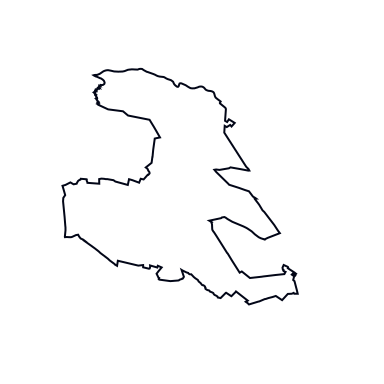 outline of Trikātas pag., Beverinas, Latvia, rotated 26°
{"feature_id": "27541924B26543314591182", "entity_name": "Trikātas pag.", "entity_type": "district", "adm_level": 2, "iso_a3": "LVA", "parent_name": "Latvia", "parent_adm1": "Beverinas", "projection": "robinson", "projection_center": [25.698, 57.552], "detail": "fine", "context": "isolated", "style": "outline", "palette": "ink", "viewbox_px": 384, "rotation_deg": 26, "n_neighbors": 0, "source": "geoboundaries", "source_scale": "gbopen_adm2", "svg_char_len": 5744}
<svg xmlns="http://www.w3.org/2000/svg" viewBox="0 0 384 384"><g transform="rotate(26 192 192)"><path d="M157.0,291.2L155.5,286.3L176.0,281.7L180.1,279.1L181.1,281.1L187.0,279.8L187.5,279.3L187.2,277.5L186.5,276.4L193.9,275.1L193.6,273.3L197.8,273.1L196.6,278.0L196.0,281.0L198.1,282.6L199.4,283.7L200.2,283.7L200.3,284.9L201.0,285.1L211.6,281.6L218.7,277.4L218.9,277.2L219.3,276.3L220.7,274.9L221.3,274.3L221.3,274.1L221.6,274.0L221.7,273.7L221.8,273.1L221.9,271.8L216.8,266.6L218.0,266.7L222.4,266.7L224.1,266.4L224.7,266.8L225.3,266.9L226.3,266.9L227.4,266.3L230.8,267.6L232.8,268.1L235.8,268.5L237.2,269.5L239.7,270.1L241.6,271.1L242.5,271.1L243.0,270.8L244.4,271.0L245.1,271.3L245.5,271.9L246.0,272.0L246.4,272.9L246.4,273.0L246.7,273.2L248.7,273.4L249.3,273.3L250.3,273.0L251.2,273.2L251.6,273.6L252.0,273.6L254.5,273.4L255.4,273.5L255.6,273.6L256.0,274.0L256.5,274.3L257.3,274.6L259.6,274.6L260.7,274.8L261.1,275.1L261.4,275.5L264.2,274.8L266.6,267.8L266.8,267.6L269.2,267.9L272.9,268.4L273.1,268.4L274.0,265.7L274.9,263.2L275.1,262.1L289.7,265.2L288.4,267.1L289.4,267.3L289.6,267.1L292.5,268.1L299.8,261.3L300.3,261.0L304.3,256.4L305.2,255.8L307.2,253.8L310.3,251.2L312.9,248.7L320.4,249.7L322.8,241.6L326.3,239.7L327.6,238.1L328.5,238.6L331.6,237.1L328.7,233.6L327.4,232.1L323.2,227.2L321.5,226.7L320.8,223.1L321.0,223.1L321.5,221.6L321.1,220.9L321.4,219.9L319.9,219.6L319.1,222.7L317.9,222.5L318.9,219.4L311.6,218.5L311.6,217.8L311.0,217.3L306.4,217.4L306.5,220.3L307.5,221.7L308.5,222.0L308.4,222.5L309.1,223.0L311.1,222.8L311.0,225.3L303.6,229.9L293.2,236.6L291.6,237.7L281.8,243.9L271.6,241.6L270.2,243.6L258.0,236.1L251.0,231.6L250.3,231.4L233.2,220.8L229.2,218.4L228.6,218.2L226.9,217.1L226.4,216.4L224.1,212.2L223.0,211.1L223.2,210.5L220.1,210.2L229.3,203.0L229.8,202.5L230.0,201.8L232.1,200.3L233.5,200.3L235.7,200.7L241.3,201.1L253.3,200.4L256.1,200.4L257.8,200.5L262.9,201.2L267.1,202.5L271.8,203.4L274.1,203.4L277.9,202.9L277.8,202.7L278.2,202.6L280.1,200.1L289.0,190.5L286.1,189.0L280.4,185.6L265.6,178.2L263.5,177.6L257.8,173.9L251.4,170.7L251.2,170.5L252.5,169.8L251.3,169.6L248.8,169.4L242.9,166.4L238.8,167.0L232.5,167.7L222.2,169.2L221.0,168.7L205.0,163.4L202.4,162.2L203.8,161.2L207.0,160.1L214.8,154.5L215.8,153.0L225.5,150.2L233.2,148.1L234.1,147.6L232.7,146.6L231.6,146.2L230.0,145.7L228.9,145.1L195.0,124.5L194.9,124.3L192.4,118.2L194.8,118.4L196.9,115.0L198.8,115.8L200.1,111.2L193.3,110.5L192.9,113.7L190.5,113.5L186.2,102.8L185.7,102.1L185.2,101.8L184.3,101.5L178.3,100.1L178.0,99.8L178.1,98.1L174.5,97.4L172.7,97.0L171.7,96.7L170.5,95.7L169.2,94.2L168.5,93.5L167.8,93.0L167.0,92.8L165.8,92.8L164.4,93.1L162.2,93.9L160.2,94.1L159.2,93.9L157.2,93.0L155.8,92.8L154.7,92.9L153.5,93.4L152.3,94.2L151.2,95.5L148.7,97.8L147.1,98.6L145.6,99.2L144.4,99.3L141.6,99.1L140.5,98.9L139.3,98.8L135.0,99.0L134.2,99.2L133.3,99.9L133.3,100.6L133.6,102.8L133.4,103.5L132.9,103.8L132.2,103.9L130.3,103.5L129.2,103.1L128.3,102.6L126.7,101.2L125.2,100.9L124.0,100.7L120.5,101.2L118.8,101.2L117.0,101.0L116.0,101.1L112.4,102.4L110.6,102.8L109.1,102.9L107.7,102.8L105.6,102.9L99.5,103.6L98.6,103.8L95.0,103.6L93.3,103.3L92.4,103.6L91.2,104.2L90.5,104.7L89.9,105.4L89.3,105.9L84.2,108.1L81.8,109.6L80.8,110.3L78.4,112.9L76.7,114.2L72.9,116.2L69.1,117.8L66.0,118.5L63.1,119.3L61.5,120.3L60.4,121.3L59.5,122.3L57.3,126.2L55.8,127.9L54.9,128.6L53.2,129.5L52.4,130.2L53.2,130.3L55.1,130.3L55.8,130.1L59.7,130.0L60.1,129.8L62.4,130.1L64.0,130.6L65.4,131.8L65.7,132.6L65.8,133.3L65.7,133.6L65.0,134.8L64.0,135.5L62.6,135.9L62.1,136.1L61.9,136.0L62.1,136.2L62.5,136.9L62.7,137.0L62.1,137.1L62.4,137.5L62.2,137.7L62.1,137.9L62.3,138.0L62.7,138.0L62.8,138.0L62.9,137.6L63.2,137.6L63.0,138.1L62.9,138.2L62.5,138.2L62.5,138.3L63.2,138.8L62.4,138.8L62.5,139.1L62.8,139.3L62.6,139.5L62.8,139.8L62.6,139.8L62.4,139.6L62.2,139.5L61.8,139.7L61.6,139.8L61.7,140.1L61.6,140.4L61.7,140.5L61.7,140.9L61.3,141.7L61.0,141.8L61.2,142.0L61.7,141.9L61.6,142.1L61.2,142.3L61.4,142.5L61.0,142.6L61.3,142.9L60.7,142.9L60.5,143.1L60.4,143.4L60.6,143.6L61.2,144.3L60.6,144.7L60.8,144.9L60.9,145.0L60.4,145.2L60.4,145.4L60.3,145.5L61.0,145.6L60.8,145.9L60.9,146.0L61.1,146.0L61.5,146.3L61.6,146.1L61.8,146.1L61.8,146.4L62.2,146.7L62.2,147.0L62.3,147.1L62.6,147.0L62.7,146.8L62.8,146.6L63.3,146.7L63.1,147.1L63.3,147.3L63.1,147.6L63.4,147.7L64.1,148.2L64.3,148.7L64.8,148.7L64.8,148.9L65.4,149.0L65.6,149.3L65.2,149.5L65.3,149.9L65.2,150.0L65.3,150.0L65.5,150.3L65.9,150.6L65.8,150.8L66.6,151.2L67.2,151.6L67.6,151.7L67.4,151.9L67.5,152.0L67.8,151.7L68.0,151.8L68.2,152.1L68.1,152.3L68.8,152.4L68.7,152.6L68.4,152.7L68.3,152.9L67.7,152.8L67.7,153.0L69.2,153.4L68.3,154.1L68.2,154.3L68.4,154.3L68.7,154.4L69.3,154.7L80.4,154.5L94.6,149.7L101.0,151.3L122.2,145.7L129.4,150.3L139.3,157.0L136.3,159.3L135.1,160.3L138.6,171.0L141.1,177.7L141.0,177.8L142.9,183.5L139.7,190.2L140.7,190.4L141.9,190.7L142.4,191.1L142.9,191.6L143.7,192.2L144.8,192.7L145.4,193.3L145.7,193.9L145.6,194.4L145.2,195.7L144.8,195.7L144.7,195.8L143.9,198.7L143.0,201.9L140.1,202.6L140.4,206.8L133.2,207.5L129.8,208.1L131.2,213.8L118.5,216.2L116.3,215.8L110.4,217.5L109.0,218.2L107.2,218.7L104.7,219.7L102.9,221.1L105.0,225.2L94.0,229.6L93.6,229.0L92.4,228.0L91.9,226.8L91.6,226.8L86.2,228.9L86.3,229.8L85.5,230.6L84.8,231.9L84.6,233.9L84.7,235.1L82.2,237.0L78.5,236.7L75.2,241.1L72.9,243.2L75.9,246.5L79.4,250.4L78.9,253.7L80.2,256.9L88.5,270.4L93.1,278.2L93.7,279.1L95.1,281.9L97.4,288.1L97.6,288.3L98.9,287.5L102.4,286.0L103.4,285.4L104.1,284.7L106.6,281.6L108.4,280.3L110.0,281.5L112.3,282.6L115.0,282.5L117.5,283.0L117.2,283.2L129.0,285.2L134.2,286.3L136.4,287.0L145.6,288.8L148.1,289.6L151.4,290.2L154.1,290.7L154.5,291.0L157.0,291.2Z" fill="none" stroke="#020617" stroke-width="2"/></g></svg>